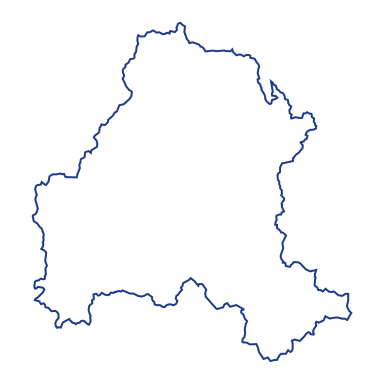 the district of Binh Gia, Lạng Sơn, Vietnam
{"feature_id": "81297802B86040607446214", "entity_name": "Binh Gia", "entity_type": "district", "adm_level": 2, "iso_a3": "VNM", "parent_name": "Vietnam", "parent_adm1": "Lạng Sơn", "projection": "natural_earth1", "projection_center": [106.28, 22.064], "detail": "fine", "context": "isolated", "style": "outline", "palette": "blue", "viewbox_px": 384, "rotation_deg": 0, "n_neighbors": 0, "source": "geoboundaries", "source_scale": "gbopen_adm2", "svg_char_len": 5885}
<svg xmlns="http://www.w3.org/2000/svg" viewBox="0 0 384 384"><path d="M263.6,359.0L267.8,357.5L270.4,361.0L275.3,359.8L276.9,360.0L279.7,355.1L281.1,353.8L285.8,353.8L288.1,350.2L290.1,351.9L290.7,351.9L292.2,350.4L292.7,348.2L292.6,342.5L291.8,341.0L292.0,340.5L294.8,339.6L299.9,340.9L304.4,336.3L306.1,333.8L308.5,332.1L310.2,333.0L310.5,334.2L313.6,334.6L313.8,333.9L313.1,331.3L313.9,329.0L316.3,325.5L315.7,323.6L316.1,322.1L316.6,321.7L318.8,322.7L323.6,320.4L325.4,316.3L329.9,318.6L333.1,317.8L338.0,317.5L341.8,318.7L345.0,318.7L347.2,320.0L351.3,312.9L349.0,310.7L346.9,306.2L348.2,300.8L348.2,293.9L345.5,293.8L342.2,295.9L338.3,295.2L333.9,291.4L331.8,292.1L328.9,291.6L325.6,288.8L322.7,291.5L320.3,289.9L318.3,290.1L317.4,287.6L315.0,285.9L314.6,284.4L315.1,279.7L315.6,278.1L315.5,277.3L314.8,277.0L314.9,274.2L316.2,269.9L310.2,271.4L305.6,269.2L300.4,263.5L298.2,262.3L293.7,262.1L292.5,263.8L291.3,264.6L290.0,266.8L285.9,266.1L285.3,263.0L282.8,262.6L283.4,261.5L281.5,259.3L280.7,257.0L280.8,255.0L283.2,248.2L282.4,243.1L286.1,235.4L282.8,232.6L280.9,232.3L280.3,230.9L277.0,227.9L277.0,225.0L275.2,224.7L275.7,221.9L276.8,219.5L276.3,218.3L276.3,216.0L278.6,214.6L281.1,214.5L281.6,212.6L284.0,211.5L281.7,206.4L282.2,205.0L281.5,204.0L282.9,201.1L283.9,200.5L284.2,198.6L281.2,195.1L282.1,193.4L281.7,192.4L281.9,190.6L280.1,188.0L280.2,186.3L279.2,184.1L279.3,181.6L277.9,179.6L277.5,175.2L278.2,173.5L279.9,172.3L280.2,170.4L280.0,167.7L282.0,163.4L292.9,161.1L293.2,160.2L292.9,158.2L293.7,157.7L296.1,154.5L298.8,152.7L302.7,147.8L302.7,145.2L300.6,142.6L301.3,141.9L303.6,141.6L304.9,139.7L306.7,138.8L307.5,135.9L305.6,134.9L306.1,133.1L307.4,131.4L310.2,129.9L313.0,129.8L316.0,128.5L316.2,125.9L315.3,125.5L315.1,123.5L313.7,121.7L314.1,118.5L312.0,117.2L311.5,113.8L309.6,113.7L307.1,112.2L305.2,113.5L303.5,113.4L302.0,117.9L299.6,118.0L295.7,117.2L291.4,118.5L290.9,117.2L291.7,114.8L289.7,113.2L289.4,109.9L290.3,109.0L291.2,106.4L289.6,105.4L288.3,103.2L288.0,100.2L284.9,98.9L284.7,96.2L283.1,93.2L280.8,92.5L278.4,90.0L276.9,89.3L276.0,85.9L273.8,84.7L273.0,83.1L271.1,81.4L272.8,92.0L271.9,93.5L272.1,95.6L275.7,96.1L277.4,97.6L275.2,99.2L272.2,99.8L271.3,103.3L270.3,104.0L269.4,103.8L266.8,101.6L265.2,98.8L265.3,97.6L264.5,94.6L261.3,89.4L261.6,88.0L260.5,86.2L260.3,84.3L258.4,82.9L258.0,82.0L257.6,79.4L259.3,78.5L257.7,73.2L258.4,68.8L259.2,67.0L259.0,66.0L258.2,64.0L256.3,61.9L255.1,59.4L253.8,58.5L250.3,57.8L250.3,55.8L249.4,55.1L246.5,54.9L243.7,56.3L240.9,54.6L238.5,54.6L236.5,55.3L233.2,52.1L232.2,49.4L230.6,51.3L225.8,51.0L224.1,50.5L216.4,51.2L212.9,50.6L205.4,51.4L203.9,48.6L202.1,47.0L200.4,46.5L199.3,44.7L192.5,42.3L189.3,43.1L188.6,41.1L186.7,38.8L186.0,36.1L185.1,34.7L185.2,33.6L184.4,32.4L184.9,26.3L182.4,24.9L180.5,23.0L179.1,23.2L177.8,24.1L177.2,26.3L176.4,27.4L177.0,29.8L174.9,32.1L170.3,31.0L169.8,31.4L169.7,33.4L166.8,32.8L165.0,33.9L162.6,34.2L159.4,32.3L156.5,32.6L153.7,30.7L152.7,30.5L149.9,32.2L147.2,32.4L144.6,36.4L140.4,36.5L138.3,35.2L137.5,37.4L137.4,40.7L138.2,43.8L136.7,46.5L136.0,52.0L134.5,54.0L134.4,57.9L133.4,58.6L130.2,59.2L128.4,62.7L125.5,64.7L125.4,67.2L124.1,68.1L122.7,70.2L123.0,72.6L124.2,75.7L122.7,78.8L126.6,87.0L129.3,90.1L131.3,91.1L131.7,91.7L131.9,93.0L131.2,96.5L129.4,99.1L123.7,104.2L119.4,105.2L116.8,111.6L114.7,112.6L112.8,115.8L108.3,119.7L107.7,122.4L105.0,125.1L101.4,124.4L101.0,125.9L99.6,127.8L99.3,131.3L98.7,132.8L95.0,135.5L93.9,137.0L93.9,137.6L96.3,140.2L97.4,143.7L96.9,146.8L91.4,150.3L90.8,152.9L88.7,151.1L85.5,152.0L85.0,152.8L84.7,156.7L83.6,157.9L81.3,158.8L80.8,159.6L80.3,162.6L79.3,164.9L79.8,168.2L77.2,174.8L76.8,177.4L66.1,177.1L65.1,176.5L64.0,173.9L61.8,174.2L60.4,173.5L56.2,174.4L52.6,174.3L49.5,176.4L48.6,181.3L46.1,185.0L44.7,184.5L41.7,182.0L40.7,184.6L37.6,185.1L36.1,185.9L35.1,189.2L36.8,195.1L35.6,197.4L35.4,200.0L37.8,208.5L36.6,212.5L35.5,214.1L33.3,215.1L32.7,216.0L33.8,221.3L37.1,223.3L39.8,227.0L41.7,228.5L43.8,234.6L43.3,236.9L43.6,240.6L42.7,242.4L43.3,243.3L43.0,246.4L41.3,249.0L43.9,250.2L46.2,252.5L45.2,261.0L46.9,265.7L45.4,268.6L45.9,274.5L44.7,276.3L45.0,277.9L44.6,278.9L43.9,279.3L40.6,278.7L38.9,280.3L36.1,280.8L35.0,281.7L34.3,286.2L34.9,288.5L35.8,288.7L38.2,286.9L42.9,287.7L44.4,289.6L42.5,292.8L37.6,297.6L35.5,298.8L34.9,300.1L39.4,301.4L41.0,304.1L43.7,303.3L44.7,304.5L45.5,307.2L48.5,307.9L51.5,311.2L55.5,310.9L57.4,312.4L58.4,314.0L58.6,318.1L56.4,320.6L55.3,323.3L55.8,326.1L57.1,327.8L58.2,327.2L60.7,327.6L62.7,322.6L69.2,319.0L70.3,320.6L71.5,321.4L72.1,322.7L74.0,323.0L75.9,324.2L77.1,323.2L79.7,322.7L80.7,321.3L82.7,320.7L84.2,321.1L87.2,323.8L89.0,324.7L90.6,321.3L90.2,316.7L90.7,315.6L89.7,314.0L88.6,310.1L89.0,306.8L89.5,305.5L92.3,303.3L92.0,300.2L93.5,299.5L93.9,298.7L93.4,294.8L93.7,294.4L96.2,293.7L98.0,295.5L98.7,295.6L99.8,295.1L101.8,292.8L104.6,294.5L107.3,295.2L109.5,294.6L110.8,292.6L113.6,292.9L115.1,291.8L116.0,292.2L116.9,291.4L118.9,291.1L121.1,291.6L122.5,290.4L130.1,293.6L133.6,293.6L137.8,295.8L141.6,296.6L144.6,295.6L146.7,294.2L148.0,294.1L152.0,297.0L152.2,299.5L152.7,300.7L154.3,302.0L154.5,303.9L155.0,304.5L156.5,305.1L160.1,305.1L162.4,306.8L164.8,307.1L166.4,305.3L168.6,304.4L170.2,304.3L173.9,305.2L176.0,303.9L177.4,301.3L175.7,298.4L176.3,296.3L176.6,295.6L178.3,294.6L179.2,292.9L182.0,289.8L180.9,287.8L182.4,286.1L183.1,283.2L189.1,279.8L190.8,278.1L194.4,281.1L198.3,285.8L199.2,284.0L202.0,284.1L202.9,284.9L206.2,289.6L205.2,293.5L205.7,296.7L216.1,308.5L217.3,309.0L223.2,307.2L224.4,304.5L227.1,303.1L230.1,306.7L236.3,305.1L243.5,309.2L243.4,309.7L241.8,310.2L241.2,310.9L241.1,312.1L241.7,313.2L243.3,314.5L244.9,318.7L247.1,321.2L245.8,324.1L244.8,328.7L245.1,333.4L244.3,337.3L242.7,338.8L242.3,341.7L243.1,342.4L246.7,342.6L249.8,344.4L256.4,344.1L258.1,348.0L258.8,351.7L263.6,359.0Z" fill="none" stroke="#1e3a8a" stroke-width="2"/></svg>